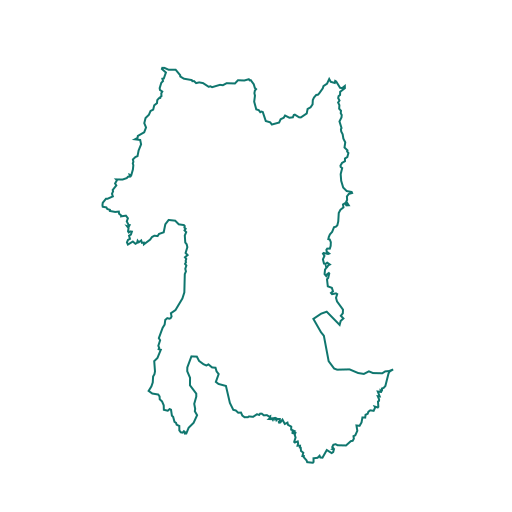 Nam Nao, Phetchabun, Thailand (Natural Earth projection), rotated 15°
{"feature_id": "78962969B52588762248299", "entity_name": "Nam Nao", "entity_type": "district", "adm_level": 2, "iso_a3": "THA", "parent_name": "Thailand", "parent_adm1": "Phetchabun", "projection": "natural_earth1", "projection_center": [101.615, 16.847], "detail": "fine", "context": "isolated", "style": "outline", "palette": "teal", "viewbox_px": 512, "rotation_deg": 15, "n_neighbors": 0, "source": "geoboundaries", "source_scale": "gbopen_adm2", "svg_char_len": 6111}
<svg xmlns="http://www.w3.org/2000/svg" viewBox="0 0 512 512"><g transform="rotate(15 256 256)"><path d="M380.1,426.8L381.3,425.4L381.3,422.6L379.7,422.7L380.4,421.6L379.1,420.8L379.6,418.3L381.6,417.2L383.8,417.7L392.0,415.7L395.5,410.3L397.2,409.5L397.8,407.1L396.8,404.8L398.3,403.5L399.1,398.6L396.9,393.7L400.0,393.2L401.0,389.5L400.6,384.4L403.3,383.8L402.9,381.0L404.7,379.5L404.9,377.3L406.3,375.5L409.7,375.1L410.3,371.5L409.6,370.7L412.8,370.8L413.2,370.0L411.5,365.0L412.3,364.0L412.0,362.6L409.9,359.9L411.8,359.6L408.7,355.4L411.7,355.0L411.2,353.7L412.2,354.1L412.5,353.1L411.9,351.4L413.4,350.4L414.6,348.1L414.4,335.1L415.0,332.9L417.8,330.1L414.3,332.7L410.7,334.0L408.3,336.6L399.3,338.8L394.9,338.2L390.7,342.0L384.9,342.6L375.7,341.3L363.8,344.8L360.6,344.5L353.4,338.8L342.2,315.5L338.5,312.8L327.7,301.9L333.9,294.8L338.7,291.5L354.6,300.9L354.6,296.8L356.6,293.7L353.4,291.8L354.7,288.9L353.9,285.3L346.0,278.9L344.1,275.7L344.3,271.8L342.9,271.4L339.3,273.2L338.0,272.3L339.5,270.2L337.5,267.1L333.2,266.7L330.6,260.1L331.4,258.6L331.3,254.0L330.7,253.6L329.5,255.0L329.0,257.2L326.9,255.7L326.2,251.3L327.0,249.1L326.3,247.8L327.6,248.2L328.3,246.2L329.5,245.1L326.5,244.0L325.4,245.5L323.6,245.7L321.5,241.9L322.1,238.2L320.1,236.4L320.5,235.6L325.1,235.4L326.0,234.7L323.2,233.5L322.4,231.8L322.9,230.4L325.4,229.8L325.5,226.9L324.7,223.3L323.0,221.0L321.5,221.0L321.4,218.8L321.8,216.0L323.3,213.0L323.9,208.0L325.6,207.0L326.6,205.3L326.5,201.3L324.8,193.0L325.6,189.5L327.9,186.4L326.7,183.7L328.3,182.0L330.2,183.7L332.4,183.0L329.1,180.0L329.5,178.3L328.4,174.9L329.6,172.0L332.5,170.3L331.8,169.4L326.8,169.8L322.5,167.3L318.8,161.3L316.6,155.0L316.5,148.8L314.8,148.1L314.2,146.9L315.0,143.8L317.4,141.4L316.7,138.8L318.6,136.8L318.6,132.6L317.0,131.5L317.0,130.3L313.4,128.3L312.8,123.1L310.0,120.0L308.2,116.0L306.1,113.7L305.2,111.5L305.5,110.3L301.8,104.4L302.7,100.0L302.3,97.6L300.9,96.2L300.5,93.7L298.2,92.2L297.5,88.7L295.6,86.5L296.4,84.2L294.5,82.2L294.4,80.2L295.5,78.7L294.8,75.6L298.4,70.9L297.8,68.8L295.8,71.5L293.7,71.8L288.3,66.7L287.2,66.4L287.3,68.5L283.1,68.4L280.9,66.1L280.0,71.2L277.2,74.4L277.1,76.8L274.9,82.7L274.0,84.3L272.5,84.8L271.0,87.9L270.5,90.6L271.4,94.9L270.2,98.3L267.8,100.6L268.1,105.2L263.5,110.5L261.8,110.9L256.9,109.4L256.0,110.0L255.7,112.5L252.5,113.8L247.7,112.8L247.0,115.3L244.4,117.5L243.8,121.1L237.3,124.9L235.1,123.2L230.5,123.1L225.3,115.2L223.8,115.1L222.9,116.0L220.9,114.4L218.3,114.3L214.3,107.4L213.5,101.4L212.3,99.1L212.1,96.5L212.9,94.8L211.4,94.0L209.4,90.7L205.4,87.5L204.4,88.0L203.3,87.1L199.3,89.5L193.1,90.9L191.0,94.8L182.9,96.7L179.8,99.6L176.9,100.0L169.9,104.3L168.0,103.9L166.5,104.8L160.1,102.7L156.2,103.0L153.4,104.5L150.9,103.1L149.3,103.6L148.4,102.7L140.4,103.4L136.4,102.2L136.0,101.0L130.2,96.9L123.3,98.7L118.9,98.0L116.8,98.5L116.7,99.7L121.5,102.1L121.0,108.4L119.7,109.0L120.9,111.1L119.7,113.2L119.5,118.8L120.3,120.5L122.9,121.4L122.4,123.4L123.3,126.0L122.5,127.0L122.6,128.1L121.4,128.7L120.3,131.0L120.8,134.0L118.7,136.8L118.8,141.2L116.6,143.2L116.0,147.3L113.6,151.3L113.7,156.6L116.5,160.3L116.0,165.4L110.8,170.6L111.0,172.6L108.9,174.6L114.1,173.9L116.1,177.9L115.3,184.4L115.7,190.2L113.9,191.6L112.1,194.6L113.2,196.8L113.0,198.4L114.0,200.0L114.7,204.3L114.6,210.5L112.8,210.2L113.7,211.9L111.8,212.6L111.0,214.2L107.3,216.7L101.2,218.2L102.1,218.7L101.1,222.4L102.8,224.0L100.5,229.3L101.2,230.5L100.8,233.2L102.3,235.5L97.7,239.2L96.3,239.5L94.2,244.2L94.5,246.6L95.2,248.1L98.9,247.8L100.2,249.1L102.9,249.2L103.2,250.3L108.6,249.9L112.0,248.6L112.8,250.6L115.4,251.8L115.5,252.6L119.9,250.7L122.5,252.7L122.2,256.0L124.9,259.0L125.9,258.9L125.5,260.7L123.8,260.6L125.7,262.1L126.0,265.3L127.0,266.2L128.1,264.8L129.8,264.6L129.6,267.7L128.1,269.2L129.8,272.1L128.2,273.6L127.8,276.2L129.3,278.1L133.3,273.9L136.4,275.4L137.7,274.1L137.7,271.9L139.2,273.1L141.1,270.7L142.4,272.8L144.2,272.1L144.7,273.7L149.5,267.6L150.6,264.6L152.6,262.7L155.8,262.2L156.6,259.8L160.7,257.0L160.2,248.8L162.3,243.8L168.8,242.8L173.2,245.4L178.3,244.8L179.4,245.5L179.5,247.1L181.0,247.9L180.3,249.7L182.4,251.0L181.9,254.6L184.2,261.3L186.0,262.6L187.4,265.2L187.2,271.3L189.7,272.8L187.7,275.6L189.4,276.9L189.3,279.0L190.0,280.1L189.5,282.0L191.2,283.2L191.0,286.7L192.3,289.0L191.9,291.9L196.2,309.7L195.9,316.1L192.2,329.1L188.6,333.3L190.1,336.3L189.6,338.2L188.5,339.0L186.4,339.0L184.9,341.2L185.5,345.9L184.4,349.5L183.4,360.5L185.2,362.2L184.9,368.0L186.2,369.7L186.1,371.2L188.3,371.2L187.2,380.0L184.9,383.9L188.3,393.6L188.5,396.5L187.8,399.0L189.0,404.9L188.7,409.1L187.2,414.1L191.4,415.7L197.4,415.1L199.2,416.6L200.1,419.3L202.9,420.8L205.5,424.1L206.8,428.4L210.8,428.3L212.2,426.2L213.7,426.5L216.1,432.0L217.6,432.8L220.2,437.3L222.0,437.9L223.0,439.5L225.9,440.0L227.1,444.3L229.0,445.8L230.9,445.6L231.7,443.9L232.7,444.3L233.3,445.9L234.6,445.5L235.4,439.3L238.9,433.3L240.3,425.0L237.1,421.8L236.8,419.4L234.6,414.8L234.7,407.2L233.9,404.4L225.7,398.0L223.8,390.7L219.4,385.1L218.5,381.4L219.6,369.7L224.9,368.5L228.2,372.1L233.2,374.1L236.4,374.6L238.1,373.0L242.4,375.0L245.8,374.4L247.8,377.7L250.5,379.7L249.8,388.0L252.9,389.3L260.6,389.3L268.8,404.7L273.9,410.5L276.4,410.4L279.4,412.0L282.0,411.1L284.1,413.7L286.7,414.7L289.9,413.8L290.7,412.8L294.8,412.1L297.9,408.6L300.2,408.7L300.8,407.2L302.4,406.8L304.8,407.9L307.7,406.9L310.6,407.8L311.2,407.2L311.5,408.9L310.7,410.1L312.8,409.7L313.4,408.7L314.7,409.9L315.0,408.1L316.0,407.6L316.7,408.7L317.3,407.5L318.0,407.7L318.4,409.0L319.1,407.8L321.2,407.3L321.6,409.2L320.9,410.3L321.5,411.0L322.6,410.5L323.9,407.2L327.3,410.8L329.5,408.8L330.6,410.8L334.2,411.7L334.9,414.6L338.1,415.1L336.8,416.5L337.1,417.6L338.7,417.6L339.9,415.6L339.7,418.7L341.2,421.1L341.0,425.7L341.8,426.1L344.3,424.3L345.2,426.1L345.2,428.5L347.6,427.8L347.9,429.6L348.8,429.6L349.9,432.6L352.6,433.8L352.6,437.2L354.0,436.9L354.1,437.9L357.8,440.4L358.8,441.9L364.4,441.0L364.9,440.0L363.9,436.5L367.7,435.0L369.1,432.5L370.3,434.0L372.4,433.6L374.6,425.1L380.1,426.8Z" fill="none" stroke="#0f766e" stroke-width="2"/></g></svg>